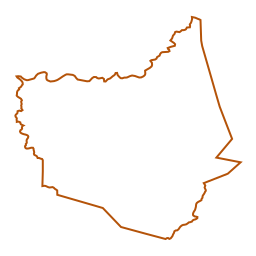 outline of Crateús, Ceará, Brazil, rotated 90°
{"feature_id": "56859067B68836278329537", "entity_name": "Crateús", "entity_type": "district", "adm_level": 2, "iso_a3": "BRA", "parent_name": "Brazil", "parent_adm1": "Ceará", "projection": "equal_earth", "projection_center": [-40.774, -5.21], "detail": "fine", "context": "isolated", "style": "outline", "palette": "amber", "viewbox_px": 256, "rotation_deg": 90, "n_neighbors": 0, "source": "geoboundaries", "source_scale": "gbopen_adm2", "svg_char_len": 3635}
<svg xmlns="http://www.w3.org/2000/svg" viewBox="0 0 256 256"><g transform="rotate(90 128 128)"><path d="M73.8,218.0L75.5,219.8L77.5,221.1L78.3,221.7L78.7,222.7L80.1,227.9L80.2,229.2L79.3,231.8L77.6,234.2L76.5,235.2L76.2,237.8L76.4,239.4L77.5,238.7L78.3,237.6L79.3,236.1L80.3,235.1L81.0,234.4L82.3,233.5L83.4,233.3L84.5,233.3L85.2,234.1L86.6,234.8L87.6,236.1L88.2,237.1L89.4,236.8L90.1,237.8L91.3,238.7L92.6,239.0L93.8,239.0L95.6,239.3L96.4,238.6L97.2,237.6L97.8,236.5L98.8,235.0L100.3,234.1L101.5,234.8L102.5,234.7L104.0,234.3L105.5,234.8L107.0,234.5L108.4,234.7L109.2,234.1L110.1,233.5L111.1,234.9L110.6,236.7L111.2,238.4L112.4,238.5L113.3,238.7L114.7,240.2L115.6,240.6L116.7,240.4L117.5,239.7L118.3,239.2L119.7,239.4L121.0,239.2L121.9,239.2L121.6,237.9L121.9,236.7L122.4,235.7L123.3,235.6L124.3,235.1L125.0,233.7L125.5,232.6L126.0,233.5L127.3,234.1L128.7,233.9L129.5,234.5L130.3,235.6L131.5,236.0L132.6,235.5L133.2,234.7L133.8,233.4L134.3,231.8L134.6,230.4L135.1,229.0L135.7,228.1L136.5,227.7L137.5,227.9L138.3,228.3L139.4,229.1L140.4,229.4L141.3,229.4L142.2,229.2L143.1,229.4L144.0,230.2L145.2,230.1L146.2,231.0L147.4,230.8L148.2,230.3L148.6,229.2L148.5,227.9L148.3,226.8L147.9,225.5L147.7,224.4L147.8,223.0L148.9,222.4L149.9,222.4L151.1,222.0L152.5,221.8L153.7,222.1L154.7,221.8L155.3,220.8L156.0,219.4L157.1,218.7L158.0,218.4L158.0,216.9L158.7,215.2L159.0,213.9L160.2,213.2L171.5,213.2L186.1,213.6L185.8,211.6L186.0,210.3L187.2,207.7L187.5,206.4L187.3,204.9L187.1,203.4L187.8,202.1L188.7,201.3L189.4,200.2L190.4,198.8L194.8,198.7L201.6,175.2L205.6,161.4L207.4,155.3L208.0,153.2L227.0,135.0L233.7,110.4L238.7,91.6L239.0,90.4L238.2,89.2L238.0,88.0L238.9,86.7L238.3,85.3L237.1,84.3L236.0,83.5L234.6,83.0L232.8,82.0L231.3,81.6L230.5,80.4L230.3,78.7L229.2,77.4L228.0,76.6L226.9,75.8L226.2,75.1L225.3,73.9L224.9,72.8L224.7,71.3L224.3,69.7L223.3,68.2L222.4,67.2L222.2,65.9L221.6,64.1L220.4,63.3L219.7,62.0L219.4,60.7L218.9,59.7L218.2,58.7L217.0,58.6L216.7,59.7L216.4,61.3L215.4,62.8L214.5,63.0L213.4,62.9L212.4,62.5L211.4,62.0L210.3,61.2L209.4,60.8L207.9,60.4L206.8,60.1L205.5,60.0L204.1,59.8L203.0,59.2L201.9,57.8L201.1,56.2L200.2,54.6L198.9,54.4L197.7,53.5L196.8,53.5L195.6,53.2L194.1,52.1L192.7,51.3L191.7,50.9L190.8,50.2L189.8,50.3L188.7,50.9L187.5,51.4L186.7,51.1L185.6,50.7L184.4,51.4L183.1,52.2L173.7,28.2L162.3,15.4L157.6,39.6L138.9,23.9L120.0,31.2L106.7,36.3L95.1,39.7L92.3,40.5L79.4,44.2L46.1,53.8L40.6,54.8L20.0,55.5L19.4,56.6L19.0,57.8L18.2,59.6L17.7,60.8L17.0,64.1L19.0,63.9L21.7,64.6L22.9,65.1L24.4,66.2L25.9,65.9L27.3,66.1L27.5,69.1L29.3,70.1L29.8,71.0L30.1,72.2L30.1,74.0L31.1,75.1L32.1,76.4L31.6,79.6L32.0,80.8L34.0,81.5L35.6,83.0L38.4,83.9L40.5,85.6L43.0,82.0L44.2,80.9L45.8,81.2L46.9,85.4L48.0,88.3L49.0,87.9L49.7,86.9L51.1,86.5L51.8,87.8L52.2,93.8L52.9,95.0L54.1,95.9L55.6,96.4L57.1,98.9L58.6,99.5L59.5,100.8L60.2,104.7L60.9,105.6L62.7,104.1L64.9,103.9L66.4,104.4L67.9,106.2L70.6,110.9L73.8,110.7L74.8,111.0L75.6,111.7L76.4,112.7L77.4,114.8L77.5,116.8L76.9,118.5L76.0,121.0L75.5,123.9L76.1,126.0L77.4,128.8L77.6,130.0L77.6,131.7L78.3,133.8L78.1,135.4L77.1,136.5L75.7,137.8L74.9,138.4L72.9,138.9L73.0,140.4L74.4,141.0L75.2,141.7L76.1,143.1L78.4,145.8L79.4,148.4L81.5,150.4L81.4,151.8L78.9,152.1L77.8,153.7L78.5,157.1L78.1,158.7L77.1,159.8L77.0,162.1L78.0,163.7L81.1,166.6L81.3,168.9L80.8,171.5L79.5,178.4L78.0,179.8L75.9,181.3L74.9,183.2L74.3,188.1L74.3,189.3L74.8,190.5L76.4,193.2L78.4,196.1L79.9,198.5L80.5,200.0L81.1,201.9L81.5,205.6L80.4,208.3L79.7,209.2L78.6,209.6L76.9,209.7L76.0,209.6L74.6,209.2L73.4,209.3L72.3,210.8L72.1,212.0L72.7,214.9L73.8,218.0Z" fill="none" stroke="#b45309" stroke-width="2"/></g></svg>